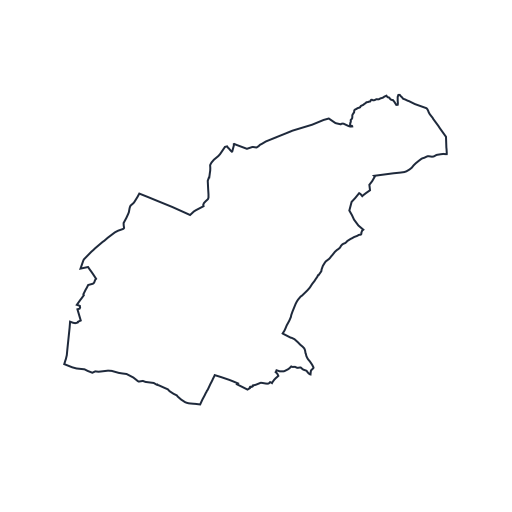 Balaceana, Suceava, Romania, rotated 171°
{"feature_id": "2599482B81871248350111", "entity_name": "Balaceana", "entity_type": "district", "adm_level": 2, "iso_a3": "ROU", "parent_name": "Romania", "parent_adm1": "Suceava", "projection": "natural_earth1", "projection_center": [26.038, 47.646], "detail": "fine", "context": "isolated", "style": "outline", "palette": "slate", "viewbox_px": 512, "rotation_deg": 171, "n_neighbors": 0, "source": "geoboundaries", "source_scale": "gbopen_adm2", "svg_char_len": 6075}
<svg xmlns="http://www.w3.org/2000/svg" viewBox="0 0 512 512"><g transform="rotate(171 256 256)"><path d="M431.3,271.0L423.6,271.4L422.2,268.4L421.2,266.5L419.7,263.4L417.5,258.5L418.3,257.9L419.0,256.9L419.5,255.9L420.1,255.0L421.0,254.3L421.7,254.1L426.3,253.6L428.1,251.1L429.5,249.4L432.5,245.2L432.2,244.2L435.3,241.1L436.1,240.4L440.6,235.8L437.8,234.3L437.8,232.6L438.5,231.6L440.7,231.3L439.2,219.7L442.1,218.9L442.3,218.3L443.2,218.1L444.8,217.9L445.6,218.1L447.2,218.7L449.9,220.2L451.3,214.4L456.8,193.8L458.4,187.6L459.9,184.0L460.6,182.7L462.3,179.2L454.9,174.8L450.9,173.0L443.1,170.9L440.2,168.8L435.9,166.3L432.8,167.2L429.6,166.3L420.0,165.9L416.5,165.1L409.8,162.0L406.4,160.9L402.3,159.7L396.2,155.2L393.7,152.5L392.3,150.9L391.4,150.3L387.3,150.3L384.8,148.9L376.9,146.6L374.7,144.8L374.2,144.4L373.5,144.5L373.2,143.9L372.1,143.4L366.9,140.0L363.9,138.1L363.1,136.8L362.2,135.7L359.0,132.8L356.0,130.7L355.4,129.5L353.4,127.1L352.3,125.8L350.5,124.2L349.0,122.8L347.5,121.9L345.4,121.0L341.5,120.0L338.9,119.4L334.4,118.1L331.4,122.6L328.5,126.4L327.0,128.6L326.5,129.1L325.5,130.6L325.0,131.0L324.1,132.2L321.0,136.8L319.5,138.8L318.3,140.5L317.9,141.2L316.0,143.8L315.4,144.8L309.3,141.8L301.7,137.8L298.3,135.8L293.8,133.0L294.8,132.2L290.0,128.8L285.3,125.4L282.6,126.5L282.3,126.9L282.6,127.3L282.3,127.7L282.1,127.8L281.5,127.7L280.9,127.4L280.6,127.4L280.0,127.7L279.6,127.8L279.5,128.6L279.3,128.7L278.0,128.7L276.6,128.8L274.8,129.2L271.4,130.0L270.9,130.0L269.5,129.6L266.0,128.4L264.6,128.1L264.2,128.1L263.6,128.1L263.1,128.3L262.5,128.6L261.8,129.2L260.6,128.5L260.1,128.0L259.6,128.7L257.4,130.9L255.7,132.2L253.9,133.3L252.7,134.1L253.2,135.9L253.7,136.9L254.7,138.2L254.4,138.4L254.2,138.9L253.6,139.9L250.6,138.4L246.9,137.8L246.4,137.8L245.8,137.9L242.1,139.1L241.1,139.6L240.1,140.2L238.5,141.4L237.8,140.9L237.2,140.7L235.4,140.5L234.8,140.4L233.3,139.4L232.8,139.1L232.0,139.0L230.1,139.0L229.4,138.9L229.1,138.7L228.0,137.3L227.1,136.4L224.3,134.9L223.9,134.5L223.1,132.9L222.3,131.8L221.5,130.9L220.7,130.5L220.0,133.2L219.5,134.4L217.0,136.2L216.7,136.6L216.7,137.1L217.4,139.3L217.8,140.3L219.3,143.5L220.3,145.1L221.0,146.4L221.3,147.3L221.5,147.9L221.9,149.3L222.1,151.9L222.3,152.3L222.3,154.5L222.4,155.6L222.8,157.2L224.1,159.1L226.2,161.5L228.0,164.1L231.0,167.8L233.0,169.2L233.8,169.7L234.5,169.9L236.0,171.0L241.6,175.1L241.8,175.3L239.6,177.8L238.2,179.9L236.5,182.7L235.8,183.6L235.0,184.6L233.1,187.1L231.1,190.3L230.4,192.2L228.6,195.5L224.3,202.6L222.9,204.5L222.4,205.1L221.2,206.4L218.1,209.1L217.5,209.3L216.7,209.7L210.5,214.1L208.1,216.1L207.3,216.9L205.9,218.5L204.6,219.9L202.1,222.2L200.9,223.6L198.6,226.0L197.8,227.3L197.2,227.3L193.9,230.7L193.3,232.5L191.5,235.8L189.1,238.6L188.0,239.7L184.1,241.8L182.8,242.9L181.6,244.1L181.0,244.5L180.0,245.4L177.4,247.8L175.1,249.3L173.7,249.9L172.2,250.8L171.7,251.2L171.1,251.9L170.4,252.8L169.0,253.9L167.8,254.4L166.4,254.7L165.9,254.8L164.7,255.5L163.5,256.5L159.8,258.1L158.4,258.5L156.1,259.4L153.1,260.0L152.2,260.3L151.4,260.7L150.3,260.8L149.5,260.7L149.0,260.8L148.6,261.2L148.4,261.7L148.3,262.5L147.5,263.9L147.2,264.4L145.9,265.2L150.1,270.1L153.5,276.6L154.8,281.2L156.7,286.3L153.1,294.5L149.0,297.7L144.3,301.9L143.2,301.0L142.8,300.4L141.7,298.5L140.7,299.2L137.6,300.9L133.1,303.1L132.9,308.6L129.6,311.7L126.2,315.9L126.8,316.7L107.4,316.2L100.5,315.8L96.4,315.7L94.2,316.1L90.9,317.4L88.4,318.8L86.1,320.9L83.7,322.6L80.4,324.5L77.8,325.9L76.9,326.3L76.0,326.5L74.4,326.7L71.8,327.5L71.2,327.6L70.5,327.7L68.7,327.2L67.2,326.7L66.1,326.5L65.2,326.5L64.6,326.6L62.1,327.5L61.5,327.6L60.5,327.6L57.4,327.6L54.9,327.5L53.5,327.1L51.7,326.8L51.5,327.7L51.1,331.6L51.0,333.5L50.6,336.7L49.7,344.0L54.5,353.6L55.5,355.9L59.5,363.6L60.0,365.0L60.6,366.0L62.2,368.9L62.9,370.8L63.3,372.7L63.8,374.2L64.5,375.3L75.3,381.2L80.8,385.1L82.0,385.7L84.1,387.2L86.1,388.3L86.8,389.6L87.5,390.6L88.0,391.1L88.8,392.6L89.7,392.8L90.2,392.8L91.2,390.9L91.8,386.9L91.9,385.4L92.1,384.1L92.4,383.2L92.5,383.2L93.8,383.3L95.4,387.0L96.1,388.0L96.4,388.6L97.2,388.8L97.8,389.1L98.3,389.4L99.1,390.4L99.6,391.5L100.0,391.8L101.0,392.2L101.5,392.8L101.9,393.3L102.1,393.9L104.4,393.3L105.7,392.6L107.2,392.3L107.9,392.3L108.8,392.1L109.6,391.7L110.5,391.6L111.2,391.7L112.4,392.0L113.0,391.9L113.8,391.6L114.7,391.4L115.3,391.4L116.1,391.5L117.1,392.2L117.8,392.2L118.3,391.8L118.8,391.0L119.2,390.7L120.2,390.8L121.3,390.5L122.5,390.6L123.2,390.4L123.7,389.9L125.3,389.2L126.4,388.5L128.9,387.8L129.8,386.9L129.9,386.6L131.1,386.3L132.2,386.2L133.0,386.0L133.7,385.5L134.5,385.4L135.3,385.1L135.9,384.7L136.2,384.3L136.7,382.4L137.2,382.1L137.4,381.7L138.2,380.9L138.6,380.4L138.9,379.7L139.1,378.4L139.4,377.2L139.9,376.5L140.9,375.7L141.2,375.4L141.3,374.1L141.6,373.3L142.2,372.5L142.2,371.7L142.8,370.3L142.7,369.8L141.8,369.6L140.9,369.5L140.7,369.2L140.7,368.9L142.1,369.0L143.1,369.3L144.3,369.9L148.7,372.9L149.6,373.2L151.0,373.2L151.7,372.8L156.2,374.6L157.0,375.1L162.6,380.4L167.9,379.8L180.0,376.9L200.3,374.1L228.3,367.6L232.5,365.9L234.7,365.2L236.2,364.1L238.2,363.2L238.6,363.1L242.1,364.2L242.8,364.2L248.2,363.3L258.1,368.9L260.0,370.1L260.4,370.0L260.6,368.6L263.1,363.0L263.5,362.8L264.2,363.6L265.0,364.8L266.0,366.5L266.7,367.3L267.4,368.8L269.6,368.6L275.6,362.2L277.6,360.6L282.5,357.7L285.3,355.3L286.8,353.4L287.1,352.8L287.4,349.9L287.9,347.4L288.5,345.5L289.9,340.8L290.3,340.8L291.9,337.8L292.8,329.4L293.3,324.2L293.6,322.4L293.7,321.5L294.1,320.5L294.4,319.9L295.1,319.3L297.1,318.0L298.8,316.7L299.3,316.2L300.1,314.8L300.0,313.4L308.3,310.6L310.4,309.7L314.7,306.8L319.7,310.1L331.0,317.5L344.9,325.9L353.1,330.9L361.5,335.9L363.8,332.9L367.6,328.5L368.3,327.8L369.1,327.2L372.0,325.4L372.8,324.2L373.4,322.9L374.7,319.2L375.7,317.5L378.1,313.9L381.6,309.3L381.9,306.9L381.9,304.4L382.2,304.0L382.8,303.6L384.1,303.3L388.1,302.6L390.3,301.9L391.7,301.4L399.6,297.2L403.4,294.8L405.3,293.9L414.0,288.6L415.5,287.5L417.9,286.0L426.1,279.9L426.6,279.5L427.4,278.3L431.3,271.0Z" fill="none" stroke="#1e293b" stroke-width="2"/></g></svg>